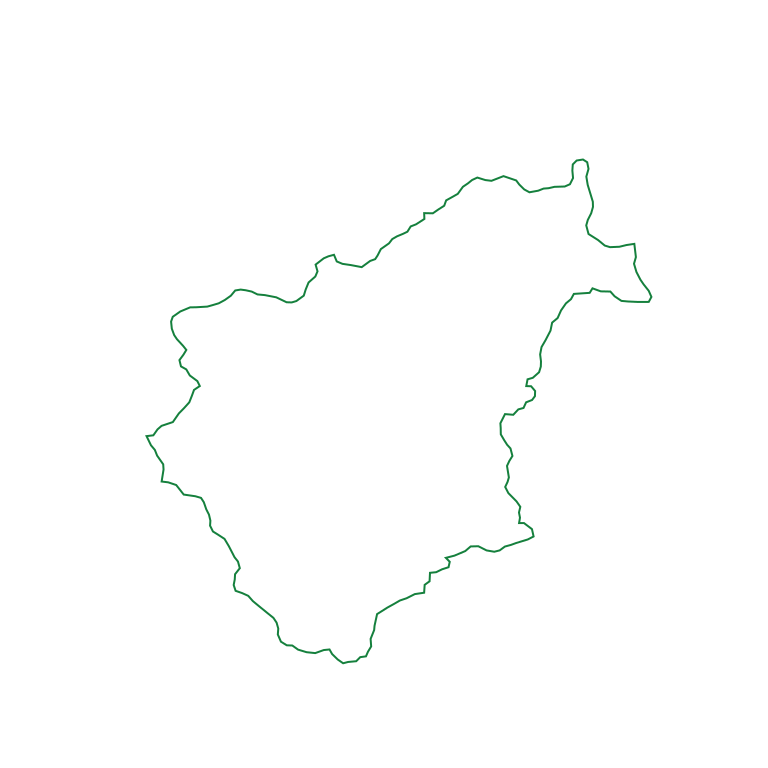 the district of Hidrolina, Goiás, Brazil, rotated 290°
{"feature_id": "56859067B15910924353869", "entity_name": "Hidrolina", "entity_type": "district", "adm_level": 2, "iso_a3": "BRA", "parent_name": "Brazil", "parent_adm1": "Goiás", "projection": "robinson", "projection_center": [-49.351, -14.737], "detail": "fine", "context": "isolated", "style": "outline", "palette": "green", "viewbox_px": 768, "rotation_deg": 290, "n_neighbors": 0, "source": "geoboundaries", "source_scale": "gbopen_adm2", "svg_char_len": 3262}
<svg xmlns="http://www.w3.org/2000/svg" viewBox="0 0 768 768"><g transform="rotate(290 384 384)"><path d="M620.5,438.6L620.2,425.2L611.7,415.5L610.3,409.5L609.9,401.1L605.8,397.0L601.3,394.3L596.3,390.7L587.9,388.3L582.5,383.7L577.8,379.6L572.1,379.6L566.6,375.4L561.1,371.5L558.3,363.3L552.9,365.5L545.0,359.5L541.2,355.2L535.1,353.9L531.7,350.6L527.2,345.7L523.0,342.2L517.9,340.6L509.7,334.9L502.5,334.0L498.3,333.0L494.9,328.9L486.2,323.1L484.4,312.1L482.7,303.9L483.0,297.7L488.3,292.8L485.0,288.1L481.5,284.4L472.8,278.9L467.1,283.0L461.5,282.7L453.6,278.4L446.0,278.1L439.6,278.4L432.0,273.3L429.1,269.4L427.5,264.5L428.6,253.1L426.8,241.7L424.9,234.5L425.6,228.1L424.8,222.0L423.7,217.0L421.0,212.2L414.6,209.9L408.5,205.7L403.3,201.1L399.6,196.1L396.3,191.5L391.9,181.3L389.7,175.6L382.5,167.8L374.9,162.5L369.8,162.6L363.4,165.7L358.2,170.1L355.3,174.1L351.1,182.2L348.4,186.6L342.9,185.5L336.5,183.6L331.1,187.2L330.1,193.2L325.6,198.6L322.9,207.6L319.1,211.6L313.5,207.5L307.3,207.5L300.2,207.3L292.8,204.3L286.2,201.3L276.0,198.6L268.6,189.3L263.9,186.7L256.9,184.8L253.8,178.7L246.7,186.0L243.7,191.2L239.1,195.3L233.0,204.0L228.2,206.1L216.3,208.4L217.8,214.9L218.0,223.3L211.6,233.6L214.0,245.1L214.4,251.0L211.3,255.1L205.4,259.9L201.4,264.2L196.2,267.6L191.4,269.0L186.9,273.7L185.7,279.4L183.9,287.1L178.6,293.6L170.1,302.8L167.2,307.5L161.6,311.5L154.3,309.1L149.3,310.6L143.7,311.5L138.9,315.3L139.0,322.2L138.5,328.9L135.1,335.1L132.2,343.3L129.0,352.5L126.4,360.1L123.0,364.7L118.0,368.3L112.3,369.9L106.6,375.3L105.2,382.0L106.9,387.3L105.0,394.1L105.5,403.0L107.6,411.4L113.4,418.4L115.9,423.6L112.5,427.6L109.3,434.7L107.6,441.1L110.5,445.3L114.0,452.7L119.2,455.1L121.9,460.2L126.9,460.5L133.0,461.7L139.9,458.6L149.4,458.9L153.6,457.8L165.4,456.2L175.0,463.6L180.5,468.4L186.0,473.0L190.4,478.5L197.1,484.8L201.6,493.1L209.2,490.9L214.2,494.3L222.3,491.8L225.0,497.4L229.7,501.9L233.9,507.3L239.4,506.6L241.8,501.6L246.8,508.9L254.8,517.5L261.0,521.0L263.8,528.1L262.7,537.3L264.1,545.0L267.2,549.6L272.6,553.2L276.2,558.3L279.8,562.6L287.1,572.3L291.9,576.7L298.2,572.7L301.2,563.1L299.5,558.5L304.9,557.5L309.4,554.8L315.2,554.1L319.0,548.7L321.3,543.9L324.0,538.2L328.7,533.1L334.3,533.6L338.9,533.3L349.1,527.6L354.6,528.1L360.3,529.3L366.7,524.9L369.0,520.5L372.2,516.3L376.6,511.0L382.6,508.7L386.9,506.8L397.1,508.0L399.3,516.0L406.1,518.9L409.2,523.3L415.4,523.8L419.6,528.6L424.2,530.0L429.1,528.4L432.2,523.0L430.7,518.4L437.5,517.3L440.7,521.7L448.1,525.7L454.0,525.4L458.9,523.8L465.2,520.6L472.6,519.4L480.4,520.8L491.1,522.2L499.2,521.0L505.4,524.6L513.7,525.2L522.0,527.4L527.7,530.7L533.6,531.6L540.0,546.1L545.2,547.2L545.2,556.0L548.3,565.1L545.3,570.7L543.3,578.7L545.0,585.1L548.0,594.7L551.7,604.7L557.3,605.5L562.1,600.9L566.4,593.9L569.7,589.3L575.6,582.9L582.5,577.8L589.4,577.3L601.3,571.3L597.5,564.3L593.5,558.3L589.9,549.6L589.6,544.1L592.5,535.9L594.9,524.9L602.2,519.8L607.9,519.4L615.3,520.3L621.9,519.8L626.7,517.9L640.8,507.3L648.1,503.2L656.1,502.6L661.9,499.1L663.0,494.2L659.9,488.6L654.9,486.3L649.0,488.0L642.2,491.2L635.3,490.4L631.4,486.3L627.6,476.8L624.3,471.7L622.2,467.1L618.4,462.8L613.9,455.1L614.8,449.2L617.7,442.9L620.5,438.6Z" fill="none" stroke="#15803d" stroke-width="2"/></g></svg>